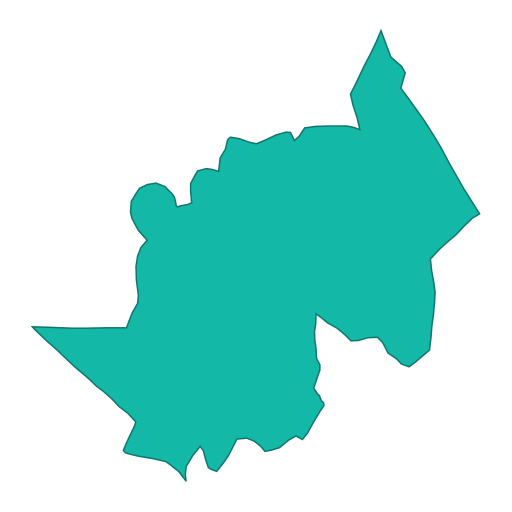 Al-Shatra, Dhi-Qar, Iraq (Robinson projection)
{"feature_id": "34846034B98077762120905", "entity_name": "Al-Shatra", "entity_type": "district", "adm_level": 2, "iso_a3": "IRQ", "parent_name": "Iraq", "parent_adm1": "Dhi-Qar", "projection": "robinson", "projection_center": [46.274, 31.405], "detail": "fine", "context": "isolated", "style": "filled", "palette": "teal", "viewbox_px": 512, "rotation_deg": 0, "n_neighbors": 0, "source": "geoboundaries", "source_scale": "gbopen_adm2", "svg_char_len": 2314}
<svg xmlns="http://www.w3.org/2000/svg" viewBox="0 0 512 512"><path d="M381.0,30.7L376.1,42.2L371.7,51.5L363.9,66.5L356.4,82.4L350.5,94.1L352.8,104.4L357.2,118.0L359.9,129.7L353.6,127.4L346.9,126.0L337.8,126.0L328.8,126.0L315.7,126.4L304.7,127.9L299.1,136.3L294.4,140.5L290.5,132.5L286.1,132.1L276.2,134.9L267.3,139.1L266.4,139.6L258.7,142.8L256.5,143.8L249.8,142.4L239.1,138.6L230.4,137.2L227.7,139.6L225.3,149.4L220.2,157.8L218.6,171.4L212.3,169.5L206.4,168.6L197.7,170.9L195.3,174.7L190.6,183.6L190.6,190.6L191.7,202.8L187.4,204.6L180.0,205.9L179.2,206.3L177.9,207.0L176.2,205.6L175.6,201.9L174.3,196.9L172.0,193.6L168.8,190.6L165.3,186.8L156.2,183.1L147.5,184.5L139.6,188.2L136.1,193.4L131.3,201.4L130.5,212.1L132.1,218.7L135.9,225.8L138.4,230.4L147.1,240.2L140.8,247.7L137.6,256.1L136.0,266.4L136.4,280.0L138.4,295.5L137.6,303.4L132.0,313.3L126.5,327.8L122.9,327.8L107.1,327.8L86.2,328.2L72.0,328.2L49.4,327.3L32.4,326.8L34.8,329.6L40.3,334.8L47.1,341.3L56.9,349.8L65.6,358.2L74.7,366.8L81.0,372.1L88.7,378.7L96.1,385.8L103.8,391.7L112.1,399.1L118.9,406.5L127.8,413.2L135.8,421.9L134.6,425.8L130.7,433.9L126.9,442.0L123.3,450.4L125.4,452.8L130.1,454.2L139.0,456.3L152.4,458.5L166.0,461.6L171.6,465.8L179.0,471.8L186.2,481.3L186.1,481.0L185.3,474.3L186.2,466.5L192.7,455.6L200.1,446.5L203.4,450.7L205.4,458.8L208.4,467.6L211.1,469.3L216.7,471.4L224.1,462.0L228.6,455.3L233.3,446.2L236.9,439.1L246.7,438.1L254.4,441.2L260.9,446.5L265.0,451.4L271.9,450.0L279.6,447.6L288.5,440.2L295.9,436.0L302.4,439.5L307.7,432.8L311.9,425.1L315.7,418.4L320.2,411.1L324.0,405.4L323.5,402.6L321.4,400.9L319.4,395.7L317.7,394.1L313.7,388.2L317.2,377.7L319.9,370.0L319.9,364.7L316.6,358.7L316.0,348.9L315.5,344.5L314.8,339.8L314.5,331.3L315.7,324.3L316.0,313.8L320.8,317.3L327.6,322.9L337.1,328.2L345.1,334.9L351.0,340.8L358.4,340.5L367.9,337.7L377.4,337.3L382.7,342.6L388.1,353.1L396.9,359.1L401.4,364.0L409.1,366.8L415.6,361.9L421.8,356.6L429.5,350.0L431.0,337.3L431.9,325.7L433.4,314.8L434.5,302.9L435.1,292.0L433.9,283.2L431.6,270.6L430.4,259.0L439.5,249.2L447.2,242.2L456.4,234.4L463.5,226.7L472.7,217.9L479.6,213.8L463.7,188.6L449.3,163.3L440.9,147.5L436.4,139.9L434.9,137.4L425.0,121.7L409.2,99.4L400.8,88.2L405.2,73.0L401.7,66.5L390.9,57.1L385.4,42.5L381.0,30.7Z" fill="#14b8a6" stroke="#0f766e" stroke-width="1.5"/></svg>